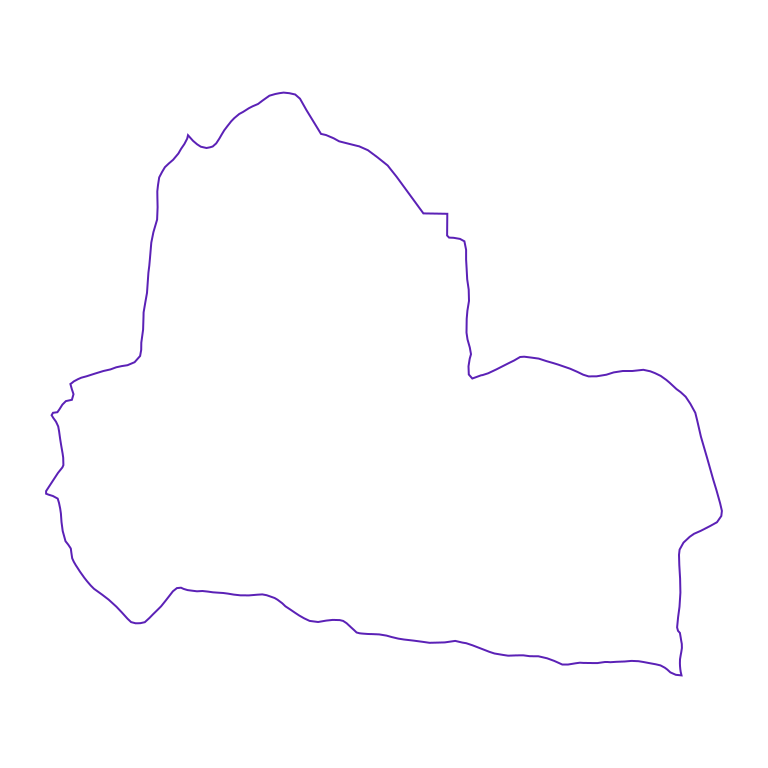 outline of Ou Reang Ov, Kâmpóng Cham, Cambodia
{"feature_id": "14789045B44533012408415", "entity_name": "Ou Reang Ov", "entity_type": "district", "adm_level": 2, "iso_a3": "KHM", "parent_name": "Cambodia", "parent_adm1": "Kâmpóng Cham", "projection": "equal_earth", "projection_center": [105.534, 11.827], "detail": "fine", "context": "isolated", "style": "outline", "palette": "violet", "viewbox_px": 768, "rotation_deg": 0, "n_neighbors": 0, "source": "geoboundaries", "source_scale": "gbopen_adm2", "svg_char_len": 4038}
<svg xmlns="http://www.w3.org/2000/svg" viewBox="0 0 768 768"><path d="M70.4,384.0L71.9,389.4L72.5,391.1L73.5,394.2L71.9,399.8L65.9,401.1L62.4,404.6L59.5,409.2L57.4,412.2L53.0,412.8L51.6,415.2L53.4,418.1L56.0,421.7L58.2,426.4L59.1,431.4L60.1,438.6L61.1,444.9L62.6,453.5L63.2,457.7L63.4,465.1L62.4,467.4L58.0,472.9L52.7,481.0L49.3,486.2L46.1,491.1L46.1,493.7L48.4,494.6L52.9,496.0L57.7,498.6L59.0,502.9L60.2,508.7L60.9,513.5L61.5,522.0L62.7,531.0L65.5,541.2L68.2,544.6L70.8,548.5L71.4,553.0L72.2,558.3L73.8,561.8L75.9,565.4L77.1,567.2L80.0,571.7L84.2,577.6L87.1,581.3L90.8,585.6L94.0,588.8L102.2,594.7L108.6,599.6L116.4,606.7L121.9,612.5L127.5,618.7L131.1,622.1L135.7,623.3L140.2,623.2L144.8,622.2L149.5,617.9L153.0,614.3L157.8,609.6L161.1,606.3L165.6,600.7L168.8,596.6L172.9,591.3L176.9,588.1L181.0,587.7L183.6,588.9L187.6,590.1L191.4,590.6L197.0,591.3L202.4,591.0L208.0,591.6L212.9,592.3L218.5,592.7L223.2,593.0L227.8,593.6L233.8,594.6L240.2,595.3L248.9,595.4L257.4,594.7L262.3,594.4L266.6,595.2L269.5,596.2L274.6,598.0L277.5,599.7L282.3,603.3L285.4,606.3L290.1,609.4L295.4,613.0L299.2,615.5L304.1,618.3L309.6,620.9L318.1,622.0L326.2,620.6L332.8,619.9L339.7,620.1L343.1,620.9L346.6,623.2L351.0,627.3L354.2,630.2L356.6,632.5L359.7,633.3L362.6,633.6L368.1,634.0L372.3,634.1L379.2,634.4L386.5,635.6L391.9,637.1L393.6,637.5L398.2,638.6L403.9,639.5L413.5,640.6L422.5,641.8L429.5,642.8L437.5,642.6L444.8,642.4L455.2,640.9L462.5,642.6L466.2,643.2L472.5,645.3L482.1,649.0L489.3,651.8L494.5,653.5L503.5,655.0L508.2,655.7L516.0,655.4L523.1,655.3L529.8,656.2L538.5,656.3L547.1,658.3L554.2,660.9L557.8,662.5L562.2,664.5L568.2,664.5L575.5,663.3L579.9,662.7L583.0,662.9L588.7,663.0L597.2,663.1L604.9,662.0L607.5,662.0L610.4,662.2L616.7,661.8L624.6,661.5L631.5,660.9L638.5,661.2L643.4,662.0L649.8,663.2L655.8,664.3L660.5,665.4L664.8,667.7L667.1,669.4L670.4,672.4L675.8,674.8L681.5,675.4L680.7,671.9L680.3,669.2L680.0,666.0L679.9,663.2L680.0,659.3L680.7,655.1L681.3,651.9L681.9,648.0L681.8,643.9L681.2,640.7L680.7,637.5L679.9,632.9L678.0,630.8L677.1,627.4L678.1,617.2L679.5,606.8L680.4,592.6L680.1,578.7L679.3,565.1L679.0,554.8L679.6,549.6L683.5,542.6L689.7,536.8L694.0,533.8L700.6,530.9L709.8,526.2L717.0,522.2L721.3,516.0L721.9,510.9L720.1,503.2L716.4,490.0L713.2,479.5L707.3,458.6L700.9,436.6L697.2,420.5L695.3,412.8L690.3,403.7L685.7,396.8L682.9,394.2L680.6,392.1L676.5,389.1L669.6,382.7L666.3,379.9L660.7,375.9L654.9,373.1L650.3,371.3L643.3,369.8L632.3,371.0L622.8,371.0L613.7,372.4L606.4,374.7L596.7,376.3L588.6,376.4L583.2,374.7L577.2,371.8L570.1,368.7L564.0,366.6L558.2,364.6L553.0,363.0L546.4,361.1L538.7,358.6L531.4,357.6L524.2,356.7L520.1,357.0L514.1,360.5L509.0,363.0L501.3,366.9L496.4,369.4L488.1,373.3L482.5,375.1L481.1,375.3L475.4,377.4L472.3,378.5L468.8,374.5L468.5,366.3L469.7,358.8L471.0,354.2L469.8,347.5L467.5,339.4L466.5,332.6L466.7,318.8L467.4,310.7L469.0,300.9L468.7,289.6L467.2,279.3L466.6,268.2L466.1,259.5L466.1,249.8L464.4,241.3L460.0,238.9L453.6,237.8L449.1,237.6L447.1,235.5L447.3,213.8L435.9,213.6L423.4,213.4L396.7,176.9L390.1,168.6L387.7,165.5L377.3,157.2L367.9,150.2L359.1,146.3L357.7,146.0L349.3,143.9L342.2,142.1L339.1,141.3L333.7,138.3L325.9,135.0L321.0,133.9L306.5,110.2L300.0,98.7L295.2,94.5L289.4,93.2L283.6,92.6L279.4,93.2L275.3,94.0L269.4,95.7L262.5,100.6L258.0,104.0L252.6,106.3L248.9,108.2L243.1,111.9L239.2,114.0L234.3,118.1L231.2,121.3L227.5,126.0L224.3,130.2L221.7,134.5L219.4,138.5L216.2,143.4L212.7,146.5L210.0,147.3L206.5,148.0L200.8,146.7L197.1,144.3L193.0,140.8L188.0,135.2L187.2,138.6L184.4,144.0L181.1,148.8L178.4,153.5L173.1,159.8L168.9,163.4L164.9,167.2L162.1,171.9L159.2,177.4L158.0,185.1L157.3,191.4L157.4,198.0L157.6,207.2L157.1,219.6L153.4,232.2L151.3,242.6L150.0,257.9L149.3,265.6L148.4,272.8L147.0,292.9L145.5,301.3L143.6,312.4L143.5,316.9L143.1,329.6L141.3,342.7L141.2,349.9L140.1,356.0L134.6,362.2L127.5,365.2L121.7,366.1L116.2,367.3L110.5,369.4L103.4,371.0L94.6,373.7L86.5,376.3L81.3,377.7L78.1,379.1L73.8,381.4L72.0,382.9L70.4,384.0Z" fill="none" stroke="#5b21b6" stroke-width="2"/></svg>